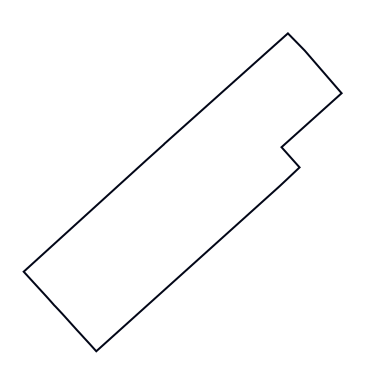 the district of Kiowa, Colorado, United States of America, rotated 138°
{"feature_id": "52423323B14805582896473", "entity_name": "Kiowa", "entity_type": "district", "adm_level": 2, "iso_a3": "USA", "parent_name": "United States of America", "parent_adm1": "Colorado", "projection": "orthographic", "projection_center": [-102.553, 38.44], "detail": "fine", "context": "isolated", "style": "outline", "palette": "ink", "viewbox_px": 384, "rotation_deg": 138, "n_neighbors": 0, "source": "geoboundaries", "source_scale": "gbopen_adm2", "svg_char_len": 494}
<svg xmlns="http://www.w3.org/2000/svg" viewBox="0 0 384 384"><g transform="rotate(138 192 192)"><path d="M95.6,138.3L95.5,165.4L14.7,165.3L14.7,167.5L13.6,221.7L14.6,245.7L39.5,245.8L180.4,246.3L180.7,246.2L200.0,246.2L204.6,246.2L205.0,246.2L370.4,245.4L370.3,231.8L370.1,209.4L370.2,199.7L370.1,198.5L369.9,187.9L369.9,171.8L369.9,166.1L369.8,159.9L369.8,155.2L369.7,148.1L369.7,137.7L366.2,137.7L363.9,137.7L122.5,137.7L95.6,138.3Z" fill="none" stroke="#020617" stroke-width="2"/></g></svg>